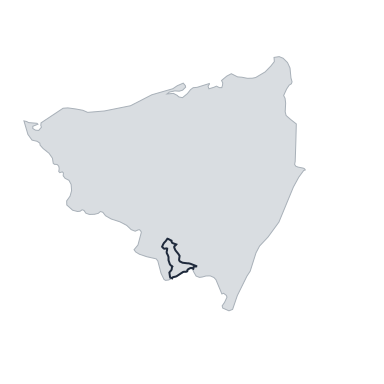 where Madriz sits in Nicaragua, rotated 250°
{"feature_id": "NIC-665", "entity_name": "Madriz", "entity_type": "Department", "adm_level": 1, "iso_a3": "NIC", "parent_name": "Nicaragua", "parent_adm1": "", "projection": "robinson", "projection_center": [-86.499, 13.43], "detail": "fine", "context": "in_parent", "style": "outline", "palette": "slate", "viewbox_px": 384, "rotation_deg": 250, "n_neighbors": 0, "source": "natural_earth", "source_scale": "10m", "svg_char_len": 3358}
<svg xmlns="http://www.w3.org/2000/svg" viewBox="0 0 384 384"><g transform="rotate(250 192 192)"><path d="M316.3,58.4L314.8,60.7L313.1,62.2L309.6,69.8L308.4,70.4L308.2,64.9L306.1,64.1L303.6,66.1L302.3,69.0L304.4,72.7L306.3,72.7L308.6,73.8L314.8,99.5L313.5,104.1L309.7,111.3L306.1,117.4L302.5,121.2L298.1,137.4L294.1,163.7L297.1,187.5L295.6,209.3L296.9,214.5L297.3,221.0L294.3,222.1L292.7,221.9L290.9,218.0L291.1,214.5L292.9,210.4L293.6,204.9L292.7,202.0L291.0,208.3L287.9,211.1L285.9,212.1L283.9,215.3L286.0,221.3L288.7,225.7L289.6,228.8L288.6,232.6L288.0,245.4L287.1,245.0L286.1,243.3L283.2,243.2L282.9,248.3L283.1,251.2L280.7,253.4L279.9,255.7L281.9,257.2L284.0,258.2L286.7,257.9L289.0,264.3L289.7,269.4L284.6,274.2L282.8,278.1L279.9,282.9L278.3,287.6L277.8,291.0L279.8,301.7L283.4,309.2L286.4,314.0L290.4,315.1L289.4,320.2L286.5,323.4L281.0,326.0L275.0,326.5L265.3,324.0L261.3,323.7L259.7,322.4L259.2,319.9L256.4,316.1L251.3,311.1L248.3,311.5L243.5,310.4L235.5,307.0L231.7,306.6L226.4,309.5L220.3,313.3L205.3,307.4L194.8,303.2L185.4,299.4L182.9,297.9L180.8,298.3L179.1,300.2L177.0,303.7L176.4,304.7L175.3,305.7L174.0,306.0L174.0,304.3L169.4,297.4L162.0,289.0L134.0,263.4L123.7,248.1L118.1,237.0L112.9,231.3L97.7,219.6L94.2,214.9L79.2,199.2L67.8,190.0L67.7,186.1L72.4,181.2L74.7,181.4L77.2,184.9L81.2,188.9L83.1,188.9L86.0,187.1L86.0,185.2L101.4,184.5L104.1,183.4L106.9,180.5L108.3,176.5L108.6,172.6L109.2,169.8L111.6,167.1L116.1,166.3L119.6,166.0L120.6,164.2L119.6,158.3L117.7,143.9L117.3,139.9L118.0,136.9L119.4,135.8L126.2,135.1L139.0,136.3L141.5,135.4L146.7,127.3L151.5,121.3L154.9,118.6L157.6,117.8L160.7,123.1L171.6,130.7L173.4,130.3L174.5,129.8L174.8,128.7L174.6,125.2L177.4,122.0L183.0,119.2L188.6,114.1L194.3,106.8L199.3,102.6L203.4,101.3L205.0,99.3L204.0,96.6L204.4,92.8L206.0,87.9L208.4,85.0L211.6,84.2L212.9,82.7L212.2,80.3L212.8,77.8L215.7,73.6L222.6,69.9L226.5,71.2L229.8,76.0L234.4,79.3L240.4,81.0L245.0,80.4L248.3,77.4L251.3,76.5L253.9,77.7L255.3,77.0L255.4,74.4L256.8,73.8L259.4,75.2L261.7,75.6L263.7,74.9L264.5,73.7L264.9,72.4L266.3,71.4L271.5,72.4L277.3,70.9L283.7,67.0L287.9,65.3L290.0,65.7L292.6,63.8L295.5,59.4L302.2,57.5L316.3,58.4Z" fill="#d9dde1" stroke="#a8b0b8" stroke-width="1"/><path d="M119.4,167.0L119.8,166.7L120.6,165.9L121.0,165.1L121.1,164.1L120.8,162.3L120.7,161.9L120.3,161.1L119.9,160.8L119.5,160.7L119.2,160.5L119.0,159.9L119.1,159.0L119.8,157.2L119.9,156.2L118.1,148.7L118.1,147.6L118.4,145.6L118.4,144.6L118.2,144.2L117.7,143.8L118.1,143.4L118.6,142.8L118.7,142.6L119.0,142.3L120.2,142.4L124.1,143.2L125.2,145.0L125.4,145.5L125.9,146.1L126.5,146.6L127.4,147.0L128.1,147.4L128.7,148.1L129.6,147.6L130.2,147.0L131.4,146.6L132.0,146.5L135.9,146.6L139.0,147.7L140.8,147.7L143.1,147.4L143.7,147.5L144.6,147.8L145.6,148.5L147.3,149.3L147.8,148.6L148.1,146.8L148.3,146.4L148.5,146.2L149.7,145.6L150.8,145.2L152.7,147.0L153.1,147.5L153.7,148.2L154.9,150.6L156.5,152.9L156.0,153.6L153.9,155.5L153.3,156.1L152.7,155.8L151.9,155.9L151.0,156.0L150.1,156.9L148.1,159.3L147.6,158.5L147.1,157.1L146.9,156.7L145.8,156.3L142.8,156.5L138.5,158.0L136.2,158.5L133.8,157.2L133.0,156.8L132.5,156.6L131.0,156.8L128.8,158.9L126.5,163.4L126.1,164.5L125.0,166.1L120.4,171.3L120.9,169.5L120.9,169.4L121.0,169.0L121.1,168.6L121.0,168.2L120.8,167.6L120.5,167.4L119.5,167.1L119.4,167.0Z" fill="none" stroke="#1e293b" stroke-width="2"/></g></svg>